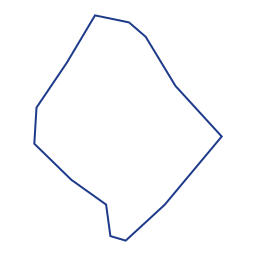 map outline of São Miguel (Albers equal-area conic projection)
{"feature_id": "CPV-5047", "entity_name": "São Miguel", "entity_type": "state/province", "adm_level": 1, "iso_a3": "CPV", "parent_name": "Cabo Verde", "parent_adm1": "", "projection": "albers", "projection_center": [-23.646, 15.174], "detail": "fine", "context": "isolated", "style": "outline", "palette": "blue", "viewbox_px": 256, "rotation_deg": 0, "n_neighbors": 0, "source": "natural_earth", "source_scale": "10m", "svg_char_len": 295}
<svg xmlns="http://www.w3.org/2000/svg" viewBox="0 0 256 256"><path d="M95.0,15.4L129.0,22.4L145.7,36.8L175.5,86.0L221.7,136.5L164.8,204.6L153.0,215.5L125.7,240.6L110.4,236.1L106.1,204.6L71.3,179.8L34.3,143.7L36.5,107.6L66.9,62.6L95.0,15.4Z" fill="none" stroke="#1e3a8a" stroke-width="2"/></svg>